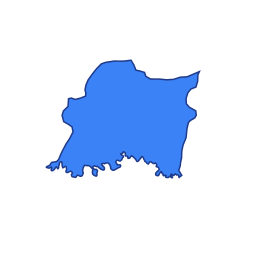 Musan, Hamgyŏng-bukto, North Korea, rotated 239°
{"feature_id": "82179303B23816821783286", "entity_name": "Musan", "entity_type": "district", "adm_level": 2, "iso_a3": "PRK", "parent_name": "North Korea", "parent_adm1": "Hamgyŏng-bukto", "projection": "mercator", "projection_center": [129.196, 42.155], "detail": "fine", "context": "isolated", "style": "filled", "palette": "blue", "viewbox_px": 256, "rotation_deg": 239, "n_neighbors": 0, "source": "geoboundaries", "source_scale": "gbopen_adm2", "svg_char_len": 5669}
<svg xmlns="http://www.w3.org/2000/svg" viewBox="0 0 256 256"><g transform="rotate(239 128 128)"><path d="M184.5,165.5L187.7,158.4L192.6,150.4L195.8,142.5L196.7,138.1L195.1,131.9L192.8,125.7L189.8,118.7L186.6,114.2L182.7,110.7L179.6,109.8L177.2,108.1L178.1,102.7L179.7,97.4L182.9,94.8L183.7,92.1L177.4,87.7L175.9,81.5L172.8,78.0L166.5,76.2L161.7,78.9L157.8,80.6L153.0,78.9L149.1,72.7L146.1,66.5L142.9,61.2L140.6,57.6L136.7,52.3L136.0,49.6L137.8,44.8L137.4,44.2L137.3,43.5L137.0,42.9L136.4,41.9L136.5,40.7L136.7,38.7L136.7,38.2L136.4,37.8L136.1,37.9L135.8,38.1L134.9,39.0L134.3,39.5L134.2,39.9L134.1,40.8L134.1,41.1L134.2,41.5L134.1,41.9L133.9,42.2L133.6,42.3L133.3,42.2L132.8,41.7L132.5,41.3L132.1,40.9L131.5,40.5L131.2,40.5L130.9,40.5L130.7,40.6L130.4,41.3L130.2,41.8L130.3,42.6L130.5,43.6L130.8,44.4L131.4,45.6L131.5,45.9L131.5,46.4L131.4,46.6L131.2,46.7L130.6,46.8L129.4,46.7L129.2,46.9L129.2,47.1L129.4,47.6L129.7,48.1L130.2,48.5L130.7,48.7L131.2,49.1L132.0,50.2L133.3,51.3L133.6,51.6L133.7,52.1L133.7,52.6L133.5,53.2L133.3,53.6L132.9,53.7L132.7,53.7L132.0,53.4L131.2,52.9L130.6,52.8L130.0,52.3L128.6,51.9L127.6,51.6L127.4,51.8L127.3,52.4L127.4,53.7L127.3,54.5L127.0,54.9L126.9,55.1L126.7,55.1L125.3,54.6L124.0,53.9L123.2,52.8L123.0,52.6L122.4,52.3L121.9,52.3L121.4,52.5L121.1,53.0L120.8,54.0L120.8,55.2L120.7,56.0L120.5,56.5L119.9,57.0L119.5,57.2L118.9,57.3L118.4,57.2L118.0,57.0L117.7,56.9L117.6,56.7L117.5,55.9L117.1,55.4L116.6,55.2L115.6,55.0L115.1,55.1L114.7,55.3L113.8,56.5L112.8,57.4L112.7,57.7L112.7,58.2L113.4,59.6L113.6,60.4L113.6,60.5L113.3,60.9L112.1,61.5L111.2,62.3L111.0,62.6L110.8,63.1L110.7,63.8L110.8,64.0L111.1,64.8L111.5,65.3L111.8,65.5L112.3,66.4L112.8,66.6L113.9,66.8L114.4,67.0L116.1,68.2L116.6,68.7L117.1,69.3L118.2,71.1L118.4,71.4L118.2,71.8L117.7,72.5L117.1,73.1L116.0,74.9L115.7,75.2L115.4,75.3L114.1,75.9L112.9,76.2L112.2,76.3L110.9,76.7L110.4,76.5L110.0,76.1L109.8,75.8L108.8,74.9L108.4,74.7L107.3,74.2L106.6,74.1L106.3,74.1L105.3,74.4L104.2,75.0L103.5,75.6L103.1,76.0L103.2,76.6L103.5,77.1L104.0,77.4L104.8,77.8L105.5,78.2L106.2,79.0L106.6,79.6L107.1,79.8L107.6,79.9L108.6,79.7L109.0,79.3L109.3,78.7L109.5,78.4L110.2,77.8L110.9,77.6L111.6,77.5L112.2,77.6L113.0,78.1L113.1,78.4L113.1,78.9L112.9,79.5L111.7,80.7L111.0,81.3L110.9,81.5L110.9,81.9L110.8,82.1L110.2,82.3L109.0,82.6L106.4,83.6L106.1,84.0L105.2,84.6L104.7,85.0L104.6,85.6L104.5,86.0L104.9,86.6L105.7,87.1L106.7,87.3L107.0,87.3L109.3,86.8L110.0,86.5L110.5,86.6L110.7,86.9L110.8,87.3L110.8,87.5L110.6,88.1L110.1,89.0L109.6,89.3L109.4,89.6L109.4,90.4L109.3,90.9L109.0,91.9L108.6,92.5L108.2,92.8L107.8,93.0L106.8,93.3L106.1,93.4L105.0,93.3L104.1,93.2L102.4,92.4L101.4,92.4L100.9,92.5L100.0,92.9L99.7,93.2L99.3,93.7L99.1,94.1L99.0,94.7L99.0,96.1L98.9,96.7L99.0,97.0L98.9,97.5L98.9,99.2L98.7,100.0L98.6,100.7L98.6,101.1L98.8,101.5L99.0,101.9L99.5,102.3L99.9,102.4L100.3,102.4L100.6,102.2L100.7,101.8L100.9,101.5L101.8,100.0L101.8,99.9L102.2,99.8L103.1,100.1L103.4,100.1L103.9,99.9L104.9,99.8L105.5,100.4L106.1,101.7L106.1,102.0L105.7,102.4L105.4,102.9L104.6,103.3L104.1,103.7L103.9,104.0L103.7,104.5L103.7,104.8L103.9,105.6L104.0,106.1L104.9,107.4L105.3,107.9L105.4,108.7L105.5,109.0L105.8,109.4L106.4,109.5L106.9,109.5L107.6,109.1L107.9,108.7L108.2,108.5L108.8,108.3L109.4,108.3L109.5,108.4L109.5,108.6L109.4,109.1L109.2,110.2L109.2,110.6L109.3,110.9L109.8,111.2L109.9,111.4L109.9,111.8L109.7,112.2L108.4,112.7L107.9,112.8L107.2,112.5L106.2,111.6L105.6,111.5L105.1,111.6L104.8,112.4L104.5,112.7L104.1,112.8L103.3,112.9L103.0,112.9L102.9,112.9L103.0,112.6L102.9,112.5L102.3,112.4L101.9,112.6L101.6,112.9L101.5,113.2L101.4,113.7L101.4,114.4L101.9,115.0L102.1,115.6L102.1,116.2L102.3,116.7L102.3,116.9L102.0,117.1L99.5,117.9L98.0,118.3L96.8,118.4L94.8,118.4L94.6,118.5L94.5,119.1L94.4,119.5L94.4,120.1L94.6,120.8L95.1,121.6L95.3,122.0L95.4,122.8L95.9,124.1L96.4,124.9L96.4,125.1L95.8,125.6L95.4,125.7L95.0,125.8L94.0,125.7L93.1,125.5L91.6,125.5L91.0,125.3L90.6,125.3L90.1,125.5L89.8,125.8L89.4,126.0L88.1,126.1L87.3,126.4L86.9,126.6L86.7,126.9L87.0,127.3L87.2,128.3L87.6,128.9L87.7,129.2L87.5,129.7L87.1,130.3L85.5,130.9L84.3,131.6L84.0,132.2L83.9,132.9L84.0,133.4L83.9,133.5L83.6,133.7L82.7,133.8L81.7,133.7L81.1,133.4L81.0,133.1L81.0,132.7L80.9,132.6L80.5,132.4L80.2,132.4L79.2,133.3L78.4,133.7L77.7,133.7L76.8,133.5L76.2,133.0L76.0,132.5L75.9,132.1L75.8,131.2L75.7,130.5L75.4,129.6L75.0,128.6L74.5,128.1L73.7,127.7L73.2,127.7L72.7,127.9L72.4,128.2L72.0,128.7L71.5,129.5L71.7,130.0L72.1,130.7L72.4,131.1L73.1,132.4L73.6,133.5L73.6,133.8L73.4,134.1L72.7,134.2L71.8,133.8L71.6,133.8L70.9,134.2L70.6,134.2L70.2,134.2L69.7,133.8L68.9,133.8L68.6,134.1L68.5,135.4L68.3,135.7L67.9,136.0L67.5,136.0L67.0,135.2L66.8,135.1L66.3,135.1L65.9,135.3L65.7,135.6L65.6,135.8L64.8,137.0L64.8,137.5L65.1,138.4L65.1,138.9L65.0,139.2L64.9,139.3L64.7,139.4L63.6,139.5L63.3,139.6L62.7,140.0L62.6,140.3L62.6,140.6L62.9,140.7L65.4,140.6L65.8,140.6L66.1,140.8L66.2,141.2L66.1,141.3L66.0,141.6L65.9,141.7L65.5,141.9L64.8,141.9L64.6,142.1L64.2,142.2L63.9,142.4L63.8,142.8L63.8,143.3L63.9,143.6L64.4,144.2L64.4,144.6L64.2,144.9L63.5,145.2L63.0,145.3L62.7,145.4L62.5,145.8L62.4,146.4L62.4,146.5L61.4,147.0L60.9,147.0L60.0,146.4L59.3,146.4L59.7,149.7L65.5,149.7L68.7,153.3L71.0,155.0L74.9,158.6L80.4,162.1L85.1,166.5L89.8,172.8L96.9,178.1L101.5,182.5L102.3,185.2L102.3,190.5L103.8,193.1L107.8,194.9L114.1,191.3L118.8,190.5L123.5,193.1L127.4,197.5L129.0,202.0L128.1,207.3L132.1,211.7L137.5,215.2L139.6,218.2L141.4,205.1L144.6,199.0L146.3,191.9L149.5,185.8L153.5,180.5L158.4,172.5L163.1,169.9L167.1,170.8L171.1,167.2L173.5,164.6L179.0,165.5L184.5,165.5Z" fill="#3b82f6" stroke="#1e3a8a" stroke-width="1.5"/></g></svg>